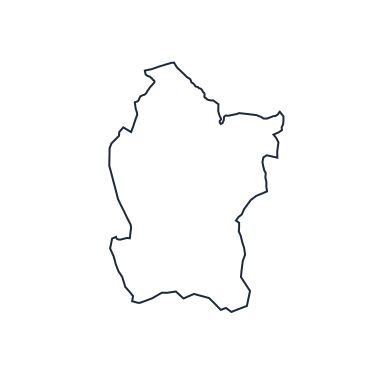 outline of New Juaben South Municipal, Eastern, Ghana, rotated 136°
{"feature_id": "2480657B86034404720136", "entity_name": "New Juaben South Municipal", "entity_type": "district", "adm_level": 2, "iso_a3": "GHA", "parent_name": "Ghana", "parent_adm1": "Eastern", "projection": "orthographic", "projection_center": [-0.271, 6.08], "detail": "fine", "context": "isolated", "style": "outline", "palette": "slate", "viewbox_px": 384, "rotation_deg": 136, "n_neighbors": 0, "source": "geoboundaries", "source_scale": "gbopen_adm2", "svg_char_len": 3097}
<svg xmlns="http://www.w3.org/2000/svg" viewBox="0 0 384 384"><g transform="rotate(136 192 192)"><path d="M306.2,163.9L306.7,158.1L310.9,155.0L308.2,150.4L307.2,149.1L306.3,148.4L303.9,147.3L300.3,145.7L294.5,143.2L283.6,140.5L280.2,137.0L272.7,131.6L272.1,121.3L261.4,117.3L253.4,103.9L253.3,100.8L253.2,96.4L253.2,87.2L248.1,85.0L247.0,78.4L233.4,72.7L231.7,71.9L219.0,80.5L215.9,96.8L210.9,101.1L203.4,107.1L197.3,110.1L193.5,115.4L190.8,120.8L187.3,126.8L185.8,131.0L182.8,133.7L179.5,137.1L180.2,140.9L175.9,141.7L171.7,141.3L166.4,143.5L155.4,145.4L148.6,144.6L137.6,140.3L134.9,144.1L131.5,147.6L129.2,151.4L125.8,154.4L125.0,157.4L122.3,162.0L120.4,164.7L116.6,167.3L112.8,166.5L111.0,163.9L106.8,157.4L102.6,161.9L95.4,167.6L93.9,172.2L93.5,176.7L88.5,174.8L84.4,174.0L82.5,176.3L79.4,177.4L76.8,179.7L73.7,182.8L73.1,188.8L73.8,188.8L75.9,188.2L77.0,188.2L78.7,188.6L79.5,189.0L79.9,189.3L80.1,189.5L80.5,189.9L87.2,192.8L87.6,193.4L88.9,194.5L89.7,195.6L90.0,197.6L92.2,202.5L97.8,209.4L103.3,216.0L105.5,216.9L113.2,221.8L114.0,223.0L115.0,223.7L115.5,223.8L116.6,223.8L117.2,223.5L119.1,221.7L120.6,221.0L122.2,220.4L123.2,220.7L124.1,221.0L123.7,222.8L123.3,223.4L122.8,223.8L120.8,224.0L120.4,224.4L120.1,224.9L119.1,227.8L117.3,231.4L116.7,232.2L116.4,232.5L112.0,236.8L113.1,243.2L113.5,243.7L114.2,244.1L114.6,244.4L116.4,247.1L116.9,248.7L116.7,250.1L117.1,250.8L117.1,251.6L116.8,252.0L116.6,252.3L115.7,253.0L115.1,253.5L114.8,254.0L114.5,254.7L114.6,256.0L114.3,257.1L114.0,258.2L113.9,259.7L114.1,260.3L114.3,260.9L114.9,261.9L114.8,263.1L115.0,263.6L115.9,265.0L116.1,265.5L116.0,266.0L116.0,266.5L115.8,267.0L115.7,269.4L116.2,271.0L116.2,271.5L115.8,272.1L114.9,274.3L114.9,274.6L115.8,278.3L116.1,288.3L116.3,290.8L116.2,292.6L115.3,296.6L115.0,297.5L117.4,299.4L128.5,305.1L135.5,308.3L141.6,312.1L143.7,308.8L143.3,306.2L142.7,305.1L142.1,304.1L142.1,303.6L142.2,302.8L141.9,302.0L142.1,300.9L142.2,299.7L141.8,298.6L141.8,298.3L142.0,297.9L142.6,297.2L144.0,296.9L149.1,296.5L150.4,296.3L151.5,296.0L153.3,295.8L154.4,295.5L155.4,295.1L156.2,294.9L157.2,294.9L157.5,294.9L157.8,294.8L158.7,295.1L159.5,295.5L160.1,295.8L161.3,296.2L162.2,296.5L163.0,296.6L163.4,296.4L163.8,296.3L164.5,296.0L165.6,295.5L166.2,295.3L167.1,295.0L167.5,295.0L167.9,295.0L168.7,295.2L169.5,295.7L170.3,296.0L170.9,296.2L174.6,291.1L176.5,287.2L177.2,286.3L178.0,285.5L182.1,283.5L188.6,280.1L194.2,277.4L194.3,277.7L194.3,278.0L194.5,278.6L196.5,286.2L202.6,285.7L205.5,283.1L216.1,282.9L220.8,280.8L221.6,280.0L233.2,268.4L242.5,251.8L244.4,248.4L247.2,243.4L250.1,238.5L251.5,234.2L252.9,230.0L253.9,226.7L255.5,221.8L255.9,220.7L256.2,219.8L256.4,219.2L258.8,211.2L259.1,210.7L259.4,210.3L260.2,209.2L261.3,208.1L262.5,207.1L263.8,206.1L268.9,201.9L269.8,203.0L271.0,204.4L271.9,204.8L272.1,204.9L276.6,207.5L277.0,207.9L277.7,208.7L278.3,209.7L278.6,210.6L278.4,211.7L277.9,212.5L281.8,214.0L290.1,208.3L291.9,203.3L293.0,200.3L295.0,196.5L296.9,193.2L299.9,186.2L301.2,179.4L302.6,176.6L305.9,170.2L306.1,166.2L306.2,163.9Z" fill="none" stroke="#1e293b" stroke-width="2"/></g></svg>